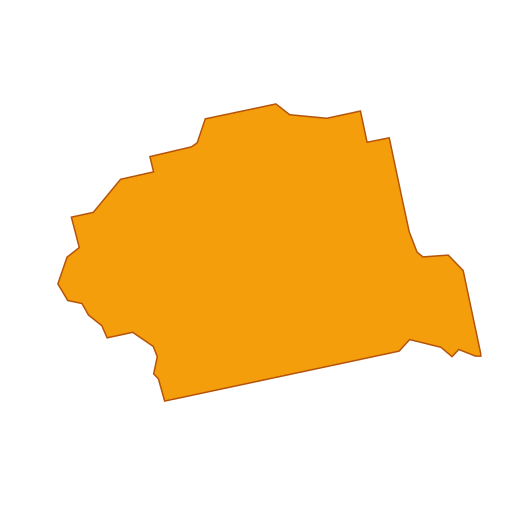 Evangeline, Louisiana, United States of America, rotated 258°
{"feature_id": "52423323B28730875803746", "entity_name": "Evangeline", "entity_type": "district", "adm_level": 2, "iso_a3": "USA", "parent_name": "United States of America", "parent_adm1": "Louisiana", "projection": "natural_earth1", "projection_center": [-92.405, 30.74], "detail": "fine", "context": "isolated", "style": "filled", "palette": "amber", "viewbox_px": 512, "rotation_deg": 258, "n_neighbors": 0, "source": "geoboundaries", "source_scale": "gbopen_adm2", "svg_char_len": 678}
<svg xmlns="http://www.w3.org/2000/svg" viewBox="0 0 512 512"><g transform="rotate(258 256 256)"><path d="M375.3,172.9L359.6,173.3L359.2,139.5L332.5,105.9L332.4,83.5L301.0,84.9L294.1,70.9L269.9,56.4L251.6,62.6L245.7,75.9L233.0,79.9L219.9,90.7L206.9,93.4L207.0,119.5L188.9,136.7L178.0,138.5L162.0,131.4L156.1,135.0L133.1,136.5L133.2,376.2L142.3,388.9L128.2,418.0L116.8,426.8L122.4,434.9L112.4,449.9L111.3,455.1L114.5,455.5L198.7,455.6L216.9,444.2L220.4,419.1L226.4,414.3L247.8,410.9L282.8,410.8L343.9,410.9L344.2,388.3L376.1,388.3L376.0,353.7L387.2,318.3L400.6,307.1L400.7,234.9L378.9,222.0L376.2,215.6L375.3,172.9Z" fill="#f59e0b" stroke="#b45309" stroke-width="1.5"/></g></svg>